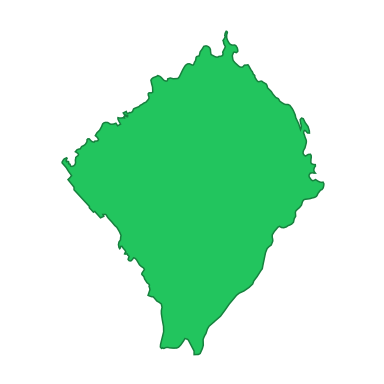 Lapusnicu Mare, Caras-Severin, Romania, rotated 183°
{"feature_id": "2599482B82081926403008", "entity_name": "Lapusnicu Mare", "entity_type": "district", "adm_level": 2, "iso_a3": "ROU", "parent_name": "Romania", "parent_adm1": "Caras-Severin", "projection": "orthographic", "projection_center": [21.88, 44.901], "detail": "fine", "context": "isolated", "style": "filled", "palette": "green", "viewbox_px": 384, "rotation_deg": 183, "n_neighbors": 0, "source": "geoboundaries", "source_scale": "gbopen_adm2", "svg_char_len": 6008}
<svg xmlns="http://www.w3.org/2000/svg" viewBox="0 0 384 384"><g transform="rotate(183 192 192)"><path d="M183.1,337.9L184.9,338.6L186.0,338.6L187.8,338.1L189.5,335.0L191.2,332.4L191.9,328.4L194.5,327.4L195.0,326.5L195.1,324.9L195.5,323.0L196.3,321.8L196.8,320.0L197.4,318.9L198.4,318.8L201.1,319.9L202.8,319.8L203.9,319.2L205.1,318.2L206.0,316.8L207.5,313.9L210.6,306.5L212.1,304.6L216.6,304.1L219.7,304.7L222.2,303.7L222.2,302.7L222.9,301.5L223.9,301.4L224.8,301.7L225.8,302.0L226.7,302.8L228.7,304.8L230.2,305.8L232.3,306.5L233.4,305.6L236.8,304.1L238.3,302.7L238.9,301.5L238.0,298.1L236.9,294.8L236.4,289.8L237.6,288.9L240.1,288.8L240.9,287.8L240.7,286.2L240.0,284.8L239.9,283.2L240.8,281.7L242.9,279.1L243.8,278.8L244.9,278.2L246.3,277.0L248.2,275.9L248.9,275.1L249.4,274.5L253.8,272.5L254.7,271.9L255.6,269.2L257.3,268.0L258.6,268.1L260.2,266.8L261.4,267.9L261.9,269.0L264.8,267.4L264.2,266.4L263.0,265.6L260.2,264.8L260.3,263.8L260.8,263.8L262.9,264.6L263.5,264.4L263.9,263.7L263.5,263.1L263.3,262.4L264.5,262.6L266.4,262.2L268.4,262.1L269.8,262.4L269.9,262.0L269.6,260.6L268.8,259.1L266.9,256.0L269.7,254.2L271.6,256.7L274.0,255.7L276.8,255.4L279.8,257.0L282.0,257.0L283.5,256.5L284.8,255.3L285.6,252.8L287.4,249.0L290.0,246.2L291.5,243.2L289.8,241.9L289.1,241.1L288.1,239.7L288.8,238.2L290.3,237.8L291.6,237.8L292.5,236.6L294.5,237.1L295.7,238.0L297.4,239.7L298.7,239.7L299.6,238.7L299.5,237.1L299.9,236.0L300.5,234.9L301.2,233.8L302.6,232.7L304.6,231.6L305.9,229.2L307.4,228.9L309.0,228.2L310.6,226.1L309.2,225.4L308.6,224.9L307.9,224.6L307.3,223.3L307.9,222.2L309.2,221.2L309.9,220.4L309.9,219.4L310.1,218.2L310.1,217.1L309.8,215.6L310.2,213.4L311.5,211.9L313.1,211.3L314.4,211.3L314.7,211.7L315.2,213.2L315.6,213.6L316.6,213.6L316.8,213.7L316.6,215.4L317.1,215.9L317.7,216.2L318.5,215.7L318.9,215.6L319.3,216.5L319.3,217.3L318.5,219.1L319.0,219.6L321.3,218.4L322.1,217.4L323.3,215.1L323.2,214.2L319.0,209.9L316.2,205.9L313.9,203.1L313.1,201.9L313.6,201.5L314.4,200.2L316.5,197.9L310.1,190.7L309.9,188.0L293.7,172.2L293.7,170.9L289.4,166.7L288.1,167.5L282.0,161.4L278.8,163.1L279.8,164.9L277.2,165.1L276.1,164.3L275.6,163.2L274.2,161.5L270.7,158.1L267.4,154.5L265.2,152.8L262.3,148.4L260.6,144.9L260.9,142.7L260.9,140.4L262.3,138.3L262.7,135.6L262.0,132.7L261.2,131.6L260.6,132.5L260.4,133.9L259.1,134.1L257.6,132.1L255.9,130.4L254.9,128.5L255.4,128.1L255.7,127.7L256.0,127.2L256.1,126.6L254.8,126.5L253.5,126.8L252.8,125.5L252.0,124.9L251.4,124.1L252.0,122.8L252.3,121.3L251.3,120.2L250.1,119.9L249.1,120.2L247.9,121.6L246.9,123.2L245.8,123.0L244.7,122.2L243.7,121.2L240.7,116.6L238.9,115.1L236.4,113.6L235.5,112.1L237.6,108.6L237.9,107.4L237.4,106.6L236.4,105.8L235.5,104.7L234.8,102.7L232.2,99.1L230.1,97.6L229.6,96.8L230.0,95.6L229.3,93.9L228.9,92.2L230.5,86.5L229.2,86.0L227.9,85.6L226.6,85.3L225.2,85.3L221.3,81.2L219.0,80.1L216.8,78.6L215.9,75.3L216.4,71.9L216.2,68.8L214.9,62.5L213.4,56.3L213.0,50.9L215.4,38.3L215.5,35.6L214.3,34.2L213.2,34.9L213.0,34.6L212.7,34.4L211.9,34.3L210.2,35.2L209.4,35.4L208.6,35.5L207.7,35.5L206.2,35.2L202.3,35.1L199.1,35.4L197.3,36.3L195.3,38.6L192.7,42.7L191.4,45.3L188.8,44.7L187.8,43.8L181.6,33.3L181.4,29.7L177.0,30.1L175.4,31.2L173.5,36.1L172.7,39.6L173.2,45.3L173.1,45.5L172.7,47.0L172.1,48.5L171.5,49.9L170.7,51.3L169.4,56.1L167.9,58.9L157.0,69.5L152.9,75.7L149.0,82.0L142.1,91.2L139.5,93.5L134.9,95.9L130.0,99.7L126.6,103.3L125.6,106.5L122.6,110.9L119.0,117.3L117.8,119.0L117.4,122.3L115.4,135.3L114.0,139.5L112.2,141.5L110.1,143.2L108.8,147.1L108.8,148.1L109.0,149.1L109.2,150.0L109.5,151.0L109.6,153.4L107.7,156.9L104.3,161.4L102.8,162.3L100.8,161.2L98.5,161.1L95.9,162.1L94.4,163.4L92.5,164.2L90.8,165.2L89.1,167.1L88.5,170.7L87.2,173.2L87.7,177.0L87.3,178.6L85.6,180.4L83.8,182.1L82.0,184.6L81.2,188.0L80.2,189.9L78.8,190.6L74.9,191.3L73.6,191.6L71.8,192.3L69.9,192.8L68.6,193.4L67.5,194.2L66.7,195.6L66.2,197.1L63.8,200.5L62.3,201.3L61.2,203.0L60.8,205.0L60.7,207.0L61.6,208.7L63.1,208.4L64.7,208.6L67.1,209.6L69.3,210.9L70.6,210.0L72.1,209.6L73.5,210.3L75.8,213.3L76.0,215.0L74.9,217.0L72.4,217.5L71.2,217.2L69.8,217.3L70.6,218.2L71.2,219.2L71.3,219.4L71.5,220.6L71.4,221.6L71.1,222.6L70.7,223.5L70.1,224.3L70.3,225.8L71.8,225.8L73.4,226.2L74.2,226.7L74.7,227.4L74.9,227.7L74.9,229.6L74.9,231.1L74.7,232.7L74.9,234.6L75.7,235.9L77.9,235.6L80.6,233.8L81.4,234.3L82.1,234.9L82.7,235.7L83.1,236.5L83.1,237.9L82.8,239.2L82.7,239.6L81.5,241.9L80.5,246.8L80.4,248.1L80.6,249.7L81.9,252.5L83.0,255.5L83.6,256.5L83.6,257.8L83.3,258.7L82.7,259.4L81.8,259.1L79.8,257.0L77.8,257.0L78.0,259.1L79.6,263.5L82.6,267.2L84.7,271.0L86.4,271.6L87.8,270.0L87.3,267.1L86.4,264.3L86.2,262.9L86.3,262.3L86.5,261.1L86.9,259.9L88.9,265.4L92.3,271.7L93.0,274.4L95.0,278.5L96.3,280.6L98.8,283.6L100.6,284.4L103.2,284.3L104.6,284.7L107.1,286.0L109.2,287.4L109.5,287.9L109.8,288.5L110.7,289.7L111.9,290.3L112.6,290.4L113.8,291.3L116.5,294.2L118.0,296.4L122.0,300.0L122.5,301.8L123.4,303.6L125.8,304.9L126.7,305.2L127.2,305.8L127.9,306.2L128.7,306.4L130.9,305.7L131.5,305.7L132.0,305.8L132.7,306.4L133.2,307.0L135.3,310.0L135.3,311.2L135.8,312.1L136.8,312.6L138.1,315.4L139.1,316.4L141.9,320.9L142.8,322.0L143.7,321.7L146.3,321.4L147.9,319.5L149.1,319.2L150.4,319.3L151.9,320.1L155.9,323.4L157.7,325.4L158.2,326.7L158.5,328.3L158.9,330.2L158.4,331.9L157.8,333.5L157.1,334.0L156.0,333.7L155.0,333.5L153.7,334.7L153.7,336.0L154.3,338.2L155.8,340.4L157.0,341.0L159.7,340.8L161.3,341.4L162.4,342.2L164.1,344.7L165.0,346.6L165.5,348.3L165.5,349.4L165.6,350.4L165.4,351.7L165.0,352.9L165.2,353.7L165.8,354.3L166.3,354.3L167.1,352.5L167.3,351.7L167.3,351.0L167.4,350.6L167.5,349.9L167.3,349.4L166.9,348.8L168.0,346.5L169.0,344.9L168.6,344.1L168.4,343.9L168.2,342.4L167.7,341.2L166.8,339.7L166.3,338.8L167.2,336.5L168.5,333.7L168.6,332.7L168.2,331.8L168.5,330.3L169.4,329.4L170.6,329.0L172.1,328.9L173.0,328.2L174.2,328.0L175.2,328.1L176.4,328.5L180.0,330.2L180.4,331.1L180.8,333.2L181.1,335.4L182.0,337.0L183.1,337.9Z" fill="#22c55e" stroke="#15803d" stroke-width="1.5"/></g></svg>